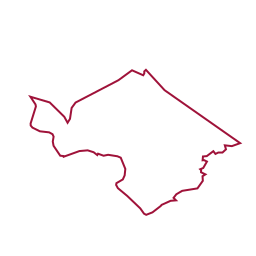 the district of Lucan Lea-5, South Dublin, Ireland, rotated 224°
{"feature_id": "5873133B65409503618015", "entity_name": "Lucan Lea-5", "entity_type": "district", "adm_level": 2, "iso_a3": "IRL", "parent_name": "Ireland", "parent_adm1": "South Dublin", "projection": "mercator", "projection_center": [-6.46, 53.348], "detail": "fine", "context": "isolated", "style": "outline", "palette": "rose", "viewbox_px": 256, "rotation_deg": 224, "n_neighbors": 0, "source": "geoboundaries", "source_scale": "gbopen_adm2", "svg_char_len": 1012}
<svg xmlns="http://www.w3.org/2000/svg" viewBox="0 0 256 256"><g transform="rotate(224 128 128)"><path d="M219.9,82.7L210.9,80.7L209.2,79.5L201.2,63.6L199.7,62.2L197.0,61.9L189.1,64.4L181.7,70.1L178.0,71.1L175.5,70.1L172.7,66.0L169.2,63.5L157.5,61.0L154.8,63.1L154.3,62.7L146.9,77.7L141.5,83.9L135.9,86.7L131.3,87.2L131.7,88.7L126.3,91.1L123.7,94.9L116.0,100.3L112.6,101.6L101.5,96.7L97.5,91.6L96.0,87.4L98.0,80.3L97.0,78.8L93.5,77.7L81.4,78.6L63.3,78.7L57.0,77.5L54.6,78.2L51.8,84.3L50.3,94.5L50.4,96.1L46.8,105.2L43.2,109.3L46.7,109.4L47.2,113.9L45.4,120.4L36.1,132.8L37.5,142.0L40.9,145.1L40.1,148.4L44.7,146.9L46.2,148.5L47.4,148.5L46.1,151.5L47.9,158.7L51.0,157.7L51.9,156.6L54.3,159.6L51.8,162.5L50.5,170.6L47.1,170.1L46.0,173.1L43.0,176.0L42.7,180.7L46.3,182.8L40.7,187.1L36.8,195.0L127.9,180.6L155.5,182.3L155.6,180.0L154.2,178.6L153.7,176.5L165.2,172.3L168.1,155.7L183.4,109.9L182.5,103.3L176.1,94.3L175.1,89.8L181.6,91.8L202.1,92.0L219.9,82.7Z" fill="none" stroke="#9f1239" stroke-width="2"/></g></svg>